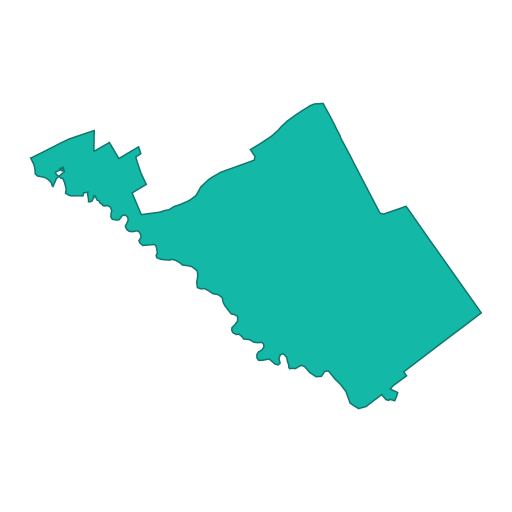 outline of Vedea, Teleorman, Romania
{"feature_id": "2599482B60509272705343", "entity_name": "Vedea", "entity_type": "district", "adm_level": 2, "iso_a3": "ROU", "parent_name": "Romania", "parent_adm1": "Teleorman", "projection": "mercator", "projection_center": [25.062, 44.098], "detail": "fine", "context": "isolated", "style": "filled", "palette": "teal", "viewbox_px": 512, "rotation_deg": 0, "n_neighbors": 0, "source": "geoboundaries", "source_scale": "gbopen_adm2", "svg_char_len": 3729}
<svg xmlns="http://www.w3.org/2000/svg" viewBox="0 0 512 512"><path d="M310.1,105.7L308.5,106.7L307.6,107.3L306.7,107.9L305.9,108.4L304.4,109.3L302.9,110.2L295.6,115.0L288.2,120.4L287.1,121.2L281.3,126.6L279.5,128.7L278.2,130.2L276.1,132.1L271.6,136.1L265.6,140.1L260.3,143.6L250.4,149.6L254.2,155.3L255.1,156.6L254.7,157.8L254.3,160.1L248.1,162.4L220.6,172.3L211.5,177.6L208.5,179.7L200.8,186.9L198.4,191.4L196.0,195.5L190.4,199.8L187.6,201.3L179.5,204.8L174.4,206.4L168.6,209.9L164.4,210.5L162.0,211.6L158.7,212.3L142.4,214.5L141.3,214.6L132.1,192.9L146.3,184.4L141.5,174.3L140.8,172.7L137.3,162.2L135.8,157.0L140.8,153.7L138.6,146.8L118.9,158.5L112.5,147.8L109.4,142.5L94.1,151.3L93.9,151.2L94.1,135.3L94.3,131.1L94.2,130.5L69.3,138.9L60.0,143.4L41.9,152.6L34.4,156.3L31.6,157.7L30.7,157.9L31.4,159.4L33.0,162.8L34.1,165.1L35.0,169.5L35.2,173.8L37.5,176.0L42.9,177.0L46.0,178.0L48.6,179.9L50.3,181.5L51.3,182.9L52.5,186.3L53.0,186.5L55.8,180.0L56.2,178.9L58.7,176.3L57.6,175.5L56.3,174.2L55.6,173.1L55.5,172.6L55.7,172.1L56.5,171.6L57.3,171.1L58.8,170.6L60.5,170.1L61.2,169.6L62.1,171.0L63.5,170.5L62.6,167.7L60.0,169.1L59.7,168.9L63.1,167.1L64.5,171.7L59.4,175.8L58.8,176.2L58.9,176.6L60.9,178.1L62.9,178.6L64.6,182.7L66.2,189.2L65.5,193.2L69.0,195.3L71.6,195.9L75.2,195.8L78.0,195.8L80.3,195.8L82.8,196.0L83.3,195.0L83.6,192.8L86.2,192.6L87.8,192.1L87.7,194.7L88.1,196.9L88.6,200.0L88.5,201.8L90.1,201.8L92.1,201.0L93.1,198.7L94.0,197.7L93.5,196.1L95.1,195.9L97.2,200.2L99.2,201.0L99.9,203.0L102.6,204.6L102.7,205.5L104.6,206.0L107.4,205.5L110.4,207.1L111.7,210.4L111.2,213.2L110.8,216.9L112.3,219.3L117.1,220.1L119.2,219.7L122.4,215.5L125.5,214.9L127.8,217.5L128.2,220.2L127.0,223.0L125.3,226.2L126.8,229.6L129.3,231.4L132.8,231.7L136.7,230.8L138.8,231.5L140.5,234.1L141.1,237.3L139.8,239.3L138.9,240.7L140.1,243.2L142.9,245.5L146.9,245.1L154.3,244.5L156.1,245.9L156.8,249.4L157.3,253.0L156.1,255.5L156.8,257.7L160.7,259.3L164.8,259.8L170.0,260.1L171.8,259.3L175.6,260.3L177.4,261.3L179.2,262.3L182.6,265.1L185.1,265.3L188.8,265.9L191.7,266.6L192.9,267.5L194.0,268.3L196.9,270.5L197.5,272.7L197.6,274.0L197.7,275.4L197.4,278.9L197.0,280.5L196.7,282.2L196.7,282.7L196.9,284.0L197.4,287.6L201.0,288.9L202.8,288.7L204.7,288.6L208.5,290.7L212.8,293.6L218.3,294.7L222.1,297.6L223.4,302.9L225.2,306.2L231.2,313.9L234.0,314.4L237.7,316.5L237.5,321.3L234.6,325.0L232.0,327.6L231.7,330.2L232.9,332.7L236.3,334.5L239.0,334.2L242.0,336.7L243.7,339.0L249.4,339.6L253.9,342.2L257.8,342.7L261.9,342.4L263.5,344.1L264.0,346.8L261.9,350.0L258.4,352.0L256.9,354.6L256.9,357.9L258.6,360.3L262.4,360.3L269.2,359.0L275.1,364.1L278.1,364.9L280.1,363.1L279.0,358.9L280.1,355.0L283.2,353.6L286.7,357.2L287.4,361.3L288.9,365.3L288.7,367.0L289.5,368.7L292.0,368.3L295.4,368.6L298.3,366.8L301.3,365.3L304.6,366.6L310.0,372.8L316.1,376.7L321.4,376.4L324.7,371.4L328.4,370.9L335.3,379.4L340.4,384.3L346.0,391.7L350.2,403.3L358.5,408.6L366.6,406.4L366.8,405.9L381.7,394.6L385.9,399.6L388.8,400.4L389.8,399.3L394.7,400.8L396.5,396.6L397.7,392.5L390.2,389.0L391.0,388.2L392.9,385.9L406.6,375.8L403.7,371.9L416.6,362.0L446.4,339.3L464.0,326.1L481.3,312.9L426.6,235.6L410.0,211.8L406.1,206.3L383.3,214.2L379.8,212.9L353.9,163.1L349.1,153.6L348.8,153.2L347.6,150.9L346.2,148.2L345.1,146.2L344.4,144.9L343.6,143.4L343.3,142.8L343.0,142.1L342.6,141.6L342.2,140.8L341.6,139.6L341.1,138.6L340.7,137.9L340.3,136.5L340.1,135.9L339.7,135.1L339.5,134.6L339.1,134.0L338.4,132.6L337.8,131.5L337.0,129.9L336.1,128.1L334.2,124.2L333.0,121.9L332.3,120.4L331.6,119.1L329.7,115.5L326.0,108.8L325.2,107.3L323.1,103.4L321.6,103.5L318.9,103.8L318.0,103.8L317.2,103.8L316.6,103.8L315.5,103.9L314.2,104.0L310.1,105.7Z" fill="#14b8a6" stroke="#0f766e" stroke-width="1.5"/></svg>